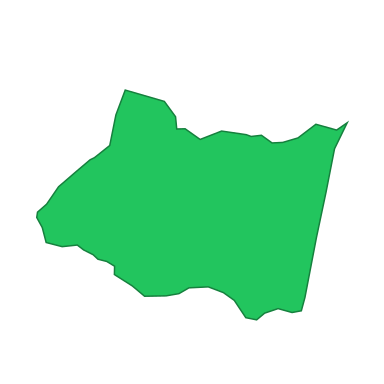 Wayi, Lac, Chad (Mercator projection), rotated 108°
{"feature_id": "50815135B86238137663719", "entity_name": "Wayi", "entity_type": "district", "adm_level": 2, "iso_a3": "TCD", "parent_name": "Chad", "parent_adm1": "Lac", "projection": "mercator", "projection_center": [15.256, 13.3], "detail": "fine", "context": "isolated", "style": "filled", "palette": "green", "viewbox_px": 384, "rotation_deg": 108, "n_neighbors": 0, "source": "geoboundaries", "source_scale": "gbopen_adm2", "svg_char_len": 816}
<svg xmlns="http://www.w3.org/2000/svg" viewBox="0 0 384 384"><g transform="rotate(108 192 192)"><path d="M305.8,204.9L298.8,184.6L292.7,173.0L284.1,165.3L277.2,147.2L278.0,131.0L282.0,118.3L294.9,102.0L293.6,91.0L284.8,85.5L276.3,74.1L275.7,59.6L271.2,51.3L257.4,52.0L196.7,59.6L150.5,64.5L106.8,69.8L78.2,65.8L88.4,73.6L89.3,95.1L107.8,107.9L116.8,121.0L120.6,131.0L116.6,143.5L120.9,152.9L120.7,158.1L124.9,182.7L139.5,200.5L134.0,218.1L136.8,226.0L125.5,230.9L114.4,246.3L115.7,287.0L142.2,288.2L173.2,284.6L189.5,295.4L192.9,298.9L207.6,308.0L228.2,320.5L248.5,326.5L258.9,332.7L264.2,331.8L272.1,323.4L285.1,315.1L284.1,298.6L277.9,284.7L280.6,277.1L282.2,266.6L285.0,260.7L284.4,251.6L286.5,242.7L294.5,240.3L299.8,219.7L303.8,209.8L305.8,204.9Z" fill="#22c55e" stroke="#15803d" stroke-width="1.5"/></g></svg>